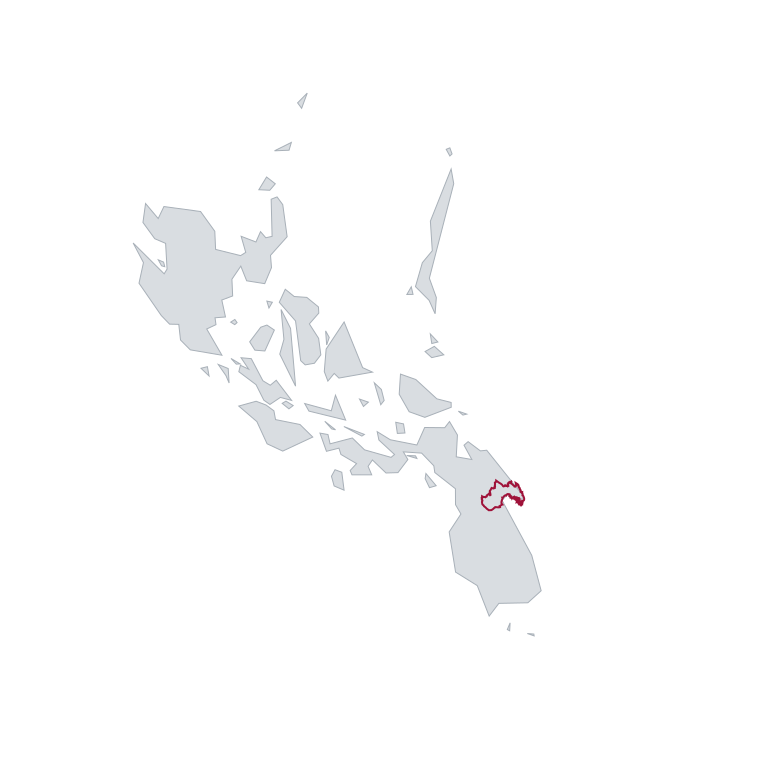 location of Pangasinan, Dagupan, Philippines, rotated 152°
{"feature_id": "2640588B43628149657030", "entity_name": "Pangasinan", "entity_type": "district", "adm_level": 2, "iso_a3": "PHL", "parent_name": "Philippines", "parent_adm1": "Dagupan", "projection": "natural_earth1", "projection_center": [119.981, 16.031], "detail": "fine", "context": "in_parent", "style": "outline", "palette": "rose", "viewbox_px": 768, "rotation_deg": 152, "n_neighbors": 0, "source": "geoboundaries", "source_scale": "gbopen_adm2", "svg_char_len": 9132}
<svg xmlns="http://www.w3.org/2000/svg" viewBox="0 0 768 768"><g transform="rotate(152 384 384)"><path d="M359.7,123.3L385.6,136.4L400.1,129.7L396.3,162.2L409.1,184.3L395.9,222.8L377.1,233.1L377.5,243.9L370.1,258.0L380.7,282.0L378.4,288.4L383.2,305.3L398.8,315.0L398.4,306.1L413.3,299.2L424.0,304.5L429.9,322.4L436.7,318.8L437.5,309.6L454.9,318.8L454.5,323.5L445.6,326.6L455.1,342.0L453.9,348.5L466.4,351.6L463.6,370.7L457.2,365.7L459.7,356.5L437.3,351.2L432.1,335.0L412.2,315.9L407.8,316.8L414.8,336.9L412.4,345.1L404.6,331.8L383.6,314.7L368.5,326.5L350.9,316.9L343.8,320.1L343.1,304.5L354.4,285.8L341.9,276.1L342.1,292.4L336.8,293.6L330.3,279.7L324.4,277.3L313.6,219.9L315.6,217.0L327.1,228.4L334.4,225.9L334.0,163.3L342.3,127.7L359.7,123.3ZM513.6,485.5L539.0,505.1L543.0,518.4L537.2,533.0L545.2,537.5L548.5,549.0L553.0,588.0L539.4,604.1L539.3,626.3L526.4,584.5L521.6,587.3L510.8,610.7L518.2,619.9L521.0,639.8L509.8,655.3L505.7,636.1L495.0,644.0L465.0,622.4L461.7,598.3L469.5,581.9L450.4,564.7L444.3,565.1L440.8,581.5L430.4,569.5L421.5,576.5L419.7,568.6L413.5,566.9L396.9,600.1L390.6,599.4L389.2,589.9L400.4,559.5L423.8,550.9L428.7,539.6L442.2,528.6L456.8,539.6L455.1,555.3L469.1,547.9L476.3,532.8L487.8,534.3L492.5,517.6L502.1,521.8L504.5,515.3L514.7,515.8L513.6,485.5ZM438.1,505.3L426.7,514.0L422.2,503.4L411.5,496.7L405.7,482.8L408.3,477.2L421.7,472.1L420.3,455.0L426.1,439.4L435.7,435.0L444.6,437.9L446.6,443.7L432.5,481.2L438.1,505.3ZM504.9,372.3L515.3,386.1L513.9,410.5L522.6,432.7L505.0,428.8L498.0,420.8L493.8,412.0L496.5,403.5L477.2,387.7L471.8,370.6L504.9,372.3ZM388.6,399.9L421.0,410.4L423.0,416.7L432.2,412.9L430.9,423.0L418.7,442.0L390.1,457.5L395.2,408.5L388.6,399.9ZM266.6,506.0L223.8,542.3L228.4,528.1L294.3,456.1L297.2,435.8L305.9,422.0L304.9,436.7L310.5,455.2L293.2,473.1L278.8,479.0L266.6,506.0ZM335.6,331.9L363.6,335.4L374.8,347.7L375.4,367.8L364.8,385.0L353.8,373.0L344.3,346.1L333.4,336.2L335.6,331.9ZM481.8,420.8L494.3,419.5L497.7,426.1L497.3,443.5L506.4,463.0L502.0,467.9L496.5,460.6L497.9,474.3L489.3,468.7L489.4,443.7L485.0,436.3L477.4,437.9L473.3,412.9L481.8,420.8ZM439.9,498.1L440.4,477.0L463.1,423.6L462.0,459.3L451.4,470.4L439.9,498.1ZM482.8,484.3L466.2,492.0L459.7,491.0L455.5,483.1L473.7,469.1L482.1,474.5L482.8,484.3ZM434.8,370.1L463.0,395.3L463.2,404.0L443.1,385.1L432.1,396.9L434.8,370.1ZM473.7,327.2L467.5,331.3L462.7,325.9L469.1,309.0L475.9,317.4L473.7,327.2ZM403.3,614.3L390.5,621.9L386.0,611.8L393.9,608.7L403.3,614.3ZM317.5,381.7L329.5,384.9L332.5,393.4L321.9,393.6L317.5,381.7ZM388.5,330.9L395.4,334.1L391.6,344.7L385.5,339.6L388.5,330.9ZM358.1,635.0L371.2,641.3L352.4,640.8L358.1,635.0ZM521.2,479.1L514.3,470.8L520.3,457.6L519.6,465.6L521.2,479.1ZM396.6,367.2L392.0,389.6L388.9,380.4L391.6,369.4L396.6,367.2ZM327.3,666.1L328.3,672.8L315.2,676.9L327.3,666.1ZM392.5,271.1L392.1,281.1L389.0,285.3L385.7,269.7L392.5,271.1ZM416.3,445.4L410.6,458.3L410.5,450.8L416.3,445.4ZM322.8,397.3L319.6,406.5L316.7,395.8L322.8,397.3ZM483.0,414.7L478.6,414.9L474.3,407.6L479.6,406.7L483.0,414.7ZM412.7,373.8L412.7,382.2L406.3,375.3L412.7,373.8ZM538.2,483.8L531.8,482.2L534.7,473.2L538.2,483.8ZM428.0,348.4L439.4,365.3L425.0,348.7L428.0,348.4ZM321.8,452.3L314.3,457.0L316.3,449.5L321.8,452.3ZM449.9,505.1L448.5,512.2L444.2,508.6L449.9,505.1ZM451.3,368.9L453.8,378.9L448.3,366.3L451.3,368.9ZM218.9,562.0L215.0,561.6L215.9,555.2L218.8,554.4L218.9,562.0ZM490.3,510.6L485.4,511.0L484.9,507.2L487.9,506.5L490.3,510.6ZM525.0,599.6L521.4,595.1L522.5,590.5L524.9,592.8L525.0,599.6ZM328.9,319.5L331.1,325.1L325.1,318.6L328.9,319.5ZM505.1,470.9L507.1,478.4L501.6,469.3L505.1,470.9ZM390.4,109.3L384.8,113.9L388.9,107.1L390.4,109.3ZM397.5,310.2L389.9,305.8L389.9,302.8L397.5,310.2ZM369.7,91.1L374.6,96.4L369.1,92.9L369.7,91.1Z" fill="#d9dde1" stroke="#a8b0b8" stroke-width="1"/><path d="M339.3,220.8L339.1,221.4L339.2,221.9L336.4,222.1L336.1,222.0L336.3,223.3L336.1,223.9L335.6,224.8L334.7,225.8L334.1,226.4L333.1,227.2L333.0,227.8L332.9,227.7L333.0,227.5L331.3,228.4L329.6,228.8L328.8,228.7L328.2,228.5L328.2,228.3L327.7,228.5L327.4,228.8L326.5,228.8L325.5,228.1L325.4,227.8L325.1,227.8L324.9,227.7L325.0,227.0L325.2,226.9L325.4,227.3L325.5,227.1L325.2,226.8L325.2,226.6L324.8,226.5L324.6,225.6L324.8,225.4L324.8,225.2L325.0,225.4L325.1,225.2L325.0,224.8L324.6,224.6L324.5,224.4L324.8,224.5L324.9,224.4L324.9,224.6L325.1,224.6L325.2,224.8L325.4,224.4L325.1,224.4L325.0,224.1L324.5,223.7L324.3,223.7L324.1,223.7L323.9,223.4L324.0,223.2L323.8,223.3L323.4,223.1L323.2,223.1L323.2,222.8L323.2,222.5L323.1,222.8L322.9,222.7L322.7,222.8L323.0,222.6L323.0,222.4L322.9,222.6L322.6,222.6L322.5,223.2L322.2,223.3L322.3,223.4L321.9,223.4L321.9,223.0L321.6,222.6L321.8,222.6L321.6,222.4L321.4,222.3L321.3,222.1L320.9,222.1L320.8,221.8L320.5,221.7L320.9,221.3L320.7,221.0L320.2,220.9L320.2,221.2L320.0,221.3L319.9,220.7L319.5,220.6L319.2,220.4L319.0,220.0L318.9,220.3L318.7,220.2L318.9,219.9L318.5,219.6L318.8,219.0L318.7,218.8L318.7,218.7L318.5,218.1L319.0,216.9L319.0,216.6L318.9,216.3L319.1,215.6L319.1,215.3L319.0,215.6L318.9,215.3L318.7,215.3L318.9,215.1L318.9,214.6L318.7,214.6L318.4,214.9L318.1,214.3L317.9,214.2L317.7,214.4L317.4,214.5L317.4,214.2L316.5,215.3L316.5,215.7L315.8,215.5L315.1,215.6L314.2,216.6L313.8,217.7L313.8,218.3L313.6,219.0L313.6,219.9L313.6,220.1L314.0,220.6L313.8,220.8L313.4,221.4L313.3,222.1L313.1,222.4L313.2,222.9L312.9,223.4L313.0,223.4L313.0,223.6L313.5,223.6L313.5,224.4L313.7,224.5L313.7,224.9L313.9,224.9L313.7,225.5L313.4,225.5L313.2,226.1L313.5,226.9L313.3,227.0L313.3,227.5L313.0,228.3L313.1,228.7L313.5,228.9L313.7,229.4L313.3,229.9L313.2,229.8L313.1,230.5L313.3,230.8L312.8,231.4L312.8,231.8L313.1,232.6L313.3,232.8L313.3,233.0L313.2,233.1L313.6,233.8L313.6,233.5L314.0,233.1L314.3,233.2L314.5,233.6L314.9,232.2L315.3,232.0L315.6,232.1L316.5,231.8L316.7,232.1L316.8,232.2L316.7,232.3L316.8,232.8L317.3,233.6L317.4,234.2L317.7,234.8L317.8,235.4L318.0,235.8L318.3,236.1L318.3,236.4L318.5,236.9L318.2,237.4L317.4,237.9L317.4,238.0L317.6,237.9L318.1,238.2L318.6,238.2L318.9,237.9L319.0,238.2L319.3,238.0L319.5,238.3L319.9,238.1L320.1,238.3L320.3,238.1L320.6,238.3L320.9,238.2L321.2,237.8L321.5,237.7L321.5,237.1L321.7,236.9L322.0,236.8L322.0,236.7L321.7,236.6L321.8,236.4L322.1,236.1L322.1,235.6L322.8,235.5L322.9,235.9L323.2,236.1L323.1,236.4L323.3,236.3L323.5,236.5L323.6,236.8L323.8,236.9L324.1,236.8L324.2,237.2L324.5,237.1L324.7,237.3L325.1,237.3L325.1,237.5L325.5,237.3L325.8,237.3L326.6,237.5L326.8,237.8L326.9,239.0L327.1,239.8L327.7,241.2L328.9,243.1L330.3,246.0L330.8,245.1L331.0,245.0L331.4,244.9L331.6,245.0L331.8,244.9L332.4,244.9L332.5,244.8L332.5,244.4L332.9,243.8L333.0,243.4L333.2,243.2L333.5,242.8L333.5,242.6L333.7,242.4L334.0,242.1L333.9,241.9L334.1,241.3L334.5,241.1L334.7,240.6L334.9,240.8L335.0,240.6L335.3,240.3L335.7,240.3L336.2,240.6L336.4,240.4L337.1,240.9L337.8,241.7L339.8,240.3L340.7,240.0L341.0,239.7L341.1,238.8L341.6,237.8L341.5,237.6L341.7,237.3L341.7,236.8L342.1,236.0L342.6,236.0L343.0,237.9L344.5,237.4L344.8,237.5L345.2,237.2L345.2,237.3L345.6,237.3L345.7,237.1L346.0,237.0L346.9,236.4L347.6,236.4L347.6,236.7L349.1,237.4L349.1,237.6L349.5,237.8L350.1,238.8L350.6,237.9L350.9,237.8L350.8,237.3L351.1,236.9L351.4,237.0L351.6,236.3L351.8,236.2L351.9,235.7L351.7,235.1L352.1,234.5L352.4,234.4L352.9,233.9L353.6,231.7L353.5,231.0L353.0,229.9L353.1,229.2L352.2,227.2L351.8,225.5L351.4,225.0L350.8,223.4L349.4,222.7L348.3,222.2L345.8,222.5L345.3,222.8L343.5,222.8L343.4,223.0L341.0,221.4L339.6,220.8L339.3,220.8ZM321.2,216.0L320.8,216.1L320.5,216.1L320.3,216.3L320.4,216.6L320.3,217.0L320.0,216.8L319.9,216.9L319.8,216.7L319.6,216.8L319.5,217.1L319.4,217.1L319.4,217.5L319.1,217.8L318.9,217.7L318.6,218.1L318.8,218.7L319.3,218.2L319.4,218.4L319.4,218.6L319.5,218.7L319.8,218.7L320.1,219.3L319.7,219.4L320.2,219.6L320.8,220.1L320.8,220.5L321.1,220.6L320.9,220.7L321.1,220.9L321.1,221.2L321.3,221.2L321.4,221.4L321.4,221.2L321.7,220.9L322.0,220.9L322.2,220.5L322.2,220.0L321.7,219.7L321.5,219.0L321.9,218.0L322.3,217.5L321.8,217.5L321.6,217.1L321.4,216.9L321.5,216.5L321.2,216.3L321.2,216.0ZM319.3,212.9L319.0,213.1L318.7,212.9L318.5,213.1L318.3,213.8L318.5,214.2L318.4,214.6L318.6,214.4L319.0,214.4L319.1,214.5L319.2,214.9L319.3,214.8L319.6,214.8L319.8,215.1L320.2,215.2L320.3,215.1L320.2,214.9L320.3,214.8L320.2,214.2L320.2,213.8L320.0,214.0L319.9,213.6L319.5,213.5L319.5,213.2L319.3,213.0L319.3,212.9ZM320.3,215.4L319.9,215.4L319.8,215.6L319.7,215.5L319.7,216.0L319.9,216.0L320.2,215.5L320.3,215.4ZM325.6,225.3L325.5,225.5L325.3,225.5L325.4,225.9L325.9,225.8L325.8,225.5L325.6,225.3ZM319.6,216.2L319.5,216.4L319.8,216.5L319.8,216.3L319.6,216.2ZM322.7,222.1L322.6,222.3L322.7,222.1ZM320.3,213.7L320.1,213.6L320.2,213.8L320.3,213.7ZM321.6,221.7L321.4,221.7L321.3,221.8L321.6,221.7ZM321.2,215.5L321.2,215.8L321.1,215.6L321.2,215.5ZM322.8,222.4L322.8,222.5L322.8,222.4ZM318.9,212.2L318.8,212.3L318.9,212.2ZM322.9,222.1L322.8,221.8L322.9,222.1ZM318.6,218.3L318.6,218.1L318.6,218.3ZM323.0,221.7L322.9,221.7L323.0,221.8L323.0,221.7ZM322.4,217.3L322.4,217.2L322.4,217.3ZM323.0,221.6L322.9,221.6L323.0,221.6Z" fill="none" stroke="#9f1239" stroke-width="2"/></g></svg>